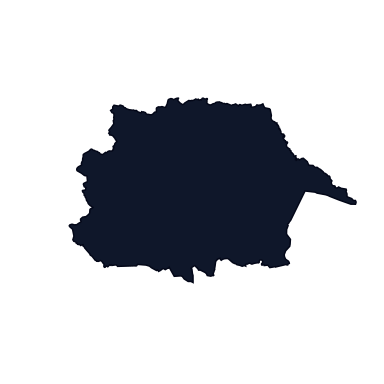 Phnum Kravanh, Pouthisat, Cambodia, rotated 142°
{"feature_id": "14789045B35445184191564", "entity_name": "Phnum Kravanh", "entity_type": "district", "adm_level": 2, "iso_a3": "KHM", "parent_name": "Cambodia", "parent_adm1": "Pouthisat", "projection": "orthographic", "projection_center": [103.822, 12.181], "detail": "fine", "context": "isolated", "style": "filled", "palette": "ink", "viewbox_px": 384, "rotation_deg": 142, "n_neighbors": 0, "source": "geoboundaries", "source_scale": "gbopen_adm2", "svg_char_len": 5991}
<svg xmlns="http://www.w3.org/2000/svg" viewBox="0 0 384 384"><g transform="rotate(142 192 192)"><path d="M306.6,186.2L305.9,186.5L304.9,186.3L304.6,185.1L304.2,184.9L301.7,185.3L301.5,184.5L300.5,184.4L300.4,183.5L297.3,181.7L296.5,180.9L296.4,179.2L282.2,168.8L281.7,168.2L281.0,168.0L279.5,168.5L273.2,162.7L271.1,159.7L270.6,157.3L268.3,152.0L267.1,151.7L267.2,150.0L265.1,149.6L262.2,149.6L261.3,148.7L260.9,147.3L258.2,146.9L257.4,146.4L256.3,146.8L257.9,136.5L252.6,132.9L252.0,132.2L251.6,131.3L251.7,128.3L250.1,123.9L247.9,122.2L246.9,120.0L242.6,125.6L241.9,127.4L239.5,131.4L239.6,132.5L237.7,132.7L235.2,132.3L234.9,132.1L234.9,130.0L234.4,129.1L234.8,128.6L234.6,127.7L234.9,126.4L233.5,125.3L231.2,120.5L230.9,118.7L231.4,116.8L229.1,114.2L228.5,113.9L227.6,113.8L226.9,113.0L226.1,113.0L225.7,114.5L221.5,117.2L221.0,118.3L220.4,118.5L216.0,122.8L214.9,122.9L214.0,123.4L213.5,123.1L212.8,123.4L212.2,123.3L212.0,122.8L210.7,122.6L211.1,120.9L211.0,120.2L209.3,120.1L207.6,119.5L205.3,118.0L204.5,117.1L203.4,111.3L202.5,109.5L201.5,108.1L201.4,107.1L199.4,104.7L198.2,102.6L196.0,101.8L195.3,100.5L194.4,101.9L193.6,101.8L192.8,101.1L190.6,100.7L189.2,98.3L186.7,97.4L183.8,95.8L183.2,95.2L182.4,95.2L181.4,96.3L180.3,96.5L179.5,96.2L178.9,95.4L178.9,94.1L179.8,92.9L181.2,92.7L181.9,91.9L181.9,91.3L180.1,90.5L180.4,89.6L177.3,87.7L177.2,84.5L172.3,81.9L172.4,81.5L162.6,77.0L162.0,75.9L161.3,75.6L160.6,76.2L159.3,75.8L158.8,76.7L158.6,78.1L159.6,81.3L159.1,83.7L158.0,85.8L154.4,88.0L148.5,89.0L146.9,90.4L143.6,94.1L143.5,99.9L143.2,100.9L140.5,104.2L136.9,106.4L136.8,107.2L136.3,107.9L134.9,107.9L134.0,108.4L131.8,108.9L102.3,123.2L95.0,116.0L94.2,114.2L88.3,107.5L86.9,105.4L86.2,103.9L80.9,94.9L74.4,84.7L70.7,81.7L69.3,82.6L68.6,83.7L68.5,84.8L70.0,85.8L70.2,88.5L72.5,92.4L72.6,93.0L71.0,95.2L70.3,97.6L69.2,98.3L68.8,99.4L72.2,103.1L73.4,105.7L74.7,105.7L75.7,106.2L77.0,108.2L76.0,107.6L75.7,108.6L76.2,109.4L77.2,110.3L77.3,112.0L76.3,113.9L74.9,114.6L75.0,117.5L74.1,118.8L74.0,119.7L74.0,120.0L75.0,121.0L75.2,122.1L74.9,122.5L75.5,124.4L76.4,126.0L76.2,127.1L76.9,130.8L77.4,131.6L78.2,134.4L80.0,135.7L80.3,138.4L83.2,140.9L83.3,142.0L82.5,144.9L83.5,150.0L83.9,150.1L84.5,150.7L87.4,151.1L87.8,151.4L87.7,152.4L88.4,152.8L90.3,152.8L90.1,153.4L90.5,153.9L89.8,154.4L88.9,154.2L89.0,155.8L87.8,156.4L87.8,156.6L89.5,157.3L88.9,159.3L89.1,161.5L89.7,162.1L88.7,163.3L89.3,164.7L88.5,165.4L88.8,166.5L89.4,166.9L89.1,168.0L89.6,169.0L89.3,170.0L88.0,171.5L86.7,171.8L86.2,172.3L86.3,173.1L87.6,173.5L86.8,174.9L87.5,176.1L87.0,176.8L87.1,178.6L86.5,179.0L85.4,178.4L84.4,179.1L84.4,179.6L85.2,179.9L84.3,180.4L84.2,181.2L85.4,181.8L85.2,182.4L85.7,183.2L85.4,184.1L84.8,184.8L84.2,186.7L84.5,187.1L83.9,188.0L84.6,188.4L84.5,188.8L84.0,189.0L83.3,190.4L83.1,192.5L83.5,192.6L83.6,193.2L82.6,194.1L83.9,195.4L83.6,196.2L84.7,198.2L84.9,199.0L84.6,200.9L84.1,201.8L82.3,203.5L79.6,208.9L79.8,210.0L82.7,213.4L82.7,215.0L81.9,217.8L84.0,218.2L86.2,219.4L87.2,220.7L89.4,220.2L92.0,221.5L93.2,223.1L92.0,223.8L91.7,225.0L95.3,227.2L96.0,228.3L99.5,229.7L100.0,230.9L100.9,231.7L102.4,231.2L103.1,233.8L103.6,234.7L104.7,234.8L106.4,235.7L107.6,235.9L110.0,240.2L111.3,240.6L111.9,241.8L113.2,242.7L113.6,244.1L114.6,245.2L114.7,245.9L116.9,247.4L118.2,247.9L119.3,247.7L121.2,248.6L123.2,248.9L124.4,249.6L125.6,252.0L125.2,253.6L124.5,254.1L124.0,255.0L122.8,255.6L122.5,256.1L122.7,256.5L124.5,257.1L125.5,259.2L126.3,259.5L127.9,258.9L128.5,259.6L129.8,259.9L129.9,261.3L131.0,261.6L131.8,263.0L133.9,263.2L135.6,263.9L136.1,264.5L137.0,264.8L138.2,266.1L143.0,266.6L144.5,266.3L145.8,266.9L146.7,269.9L146.9,272.7L146.3,273.4L144.9,274.2L145.0,274.5L146.7,275.4L149.6,276.1L150.4,277.9L151.3,278.7L153.2,279.3L154.2,279.2L157.3,276.7L160.7,275.0L161.6,275.7L163.1,277.8L164.6,278.5L166.1,279.8L167.8,280.1L168.5,279.9L170.7,277.1L172.4,277.9L175.2,277.5L176.8,278.0L179.0,280.5L179.6,280.7L180.0,281.8L179.8,283.2L181.0,285.1L181.7,285.5L182.2,286.3L183.5,285.7L185.3,288.5L185.6,290.4L185.9,290.8L186.8,291.0L187.7,292.7L188.4,293.0L190.9,295.6L192.6,298.2L192.7,299.4L193.5,300.3L193.4,302.1L194.8,304.4L195.4,304.8L196.9,304.8L200.0,308.4L202.0,307.9L203.5,306.1L205.9,306.4L206.2,303.8L205.2,302.1L206.5,300.1L208.1,298.6L208.3,297.7L209.2,297.0L210.1,296.7L211.6,293.9L215.9,292.6L219.1,292.0L219.7,291.5L219.7,290.3L220.0,289.9L221.4,289.6L221.4,287.9L221.7,287.6L220.5,286.4L219.8,285.1L219.7,281.5L220.1,280.2L219.8,279.6L220.2,278.5L220.2,278.0L222.8,277.7L224.5,276.5L226.1,276.5L226.5,275.8L226.3,275.0L227.3,274.7L227.6,274.0L228.6,273.9L228.8,273.6L230.2,273.7L231.9,275.3L233.3,275.7L235.0,275.5L235.8,276.5L238.9,276.4L239.4,276.6L240.9,278.3L240.8,279.9L241.6,281.1L241.5,282.0L242.8,283.6L243.4,285.0L244.2,285.6L244.2,286.4L244.7,287.6L245.6,288.0L248.2,287.6L253.1,288.5L254.4,288.5L254.9,288.2L256.1,286.7L257.5,285.7L259.2,283.8L260.3,283.5L261.5,282.7L262.4,281.2L266.1,281.8L268.0,281.5L268.9,280.8L269.3,280.1L269.4,279.4L267.5,274.8L266.7,271.5L266.1,270.5L265.1,269.9L265.0,269.2L267.5,265.2L268.8,264.5L269.8,265.0L272.2,265.4L272.8,265.0L273.7,262.5L272.9,260.8L274.2,259.6L275.4,259.4L277.0,260.5L277.7,260.4L278.1,258.9L277.8,257.5L279.0,255.7L278.7,255.0L279.3,253.5L279.3,252.3L280.3,250.3L280.3,248.4L280.9,246.7L280.6,244.0L279.5,241.1L279.7,240.7L282.5,241.2L283.1,241.1L285.5,238.5L286.9,238.0L290.5,237.8L293.7,239.5L296.4,239.3L297.1,238.5L297.5,237.0L298.5,236.8L301.2,237.2L302.6,237.1L304.7,238.3L306.3,240.4L307.0,240.8L308.6,241.3L309.6,240.9L309.7,239.6L309.1,236.6L309.2,235.9L312.2,229.9L315.3,227.7L315.5,225.9L314.8,225.0L314.3,223.8L314.7,222.9L314.1,222.6L314.4,221.3L313.8,220.5L313.0,220.1L312.6,218.3L311.2,218.2L310.3,217.6L311.1,216.8L310.7,215.3L311.0,213.9L310.6,206.4L311.0,205.0L310.3,202.8L310.3,197.7L309.7,197.1L309.8,196.2L309.5,195.9L308.2,194.8L306.5,194.5L305.7,193.0L305.9,191.0L305.7,189.4L307.4,187.4L307.3,186.5L306.6,186.2Z" fill="#0f172a" stroke="#020617" stroke-width="1.5"/></g></svg>